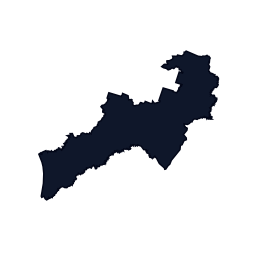 Rangitikei District, Manawatu-Wanganui, New Zealand, rotated 18°
{"feature_id": "76426892B73880124121288", "entity_name": "Rangitikei District", "entity_type": "district", "adm_level": 2, "iso_a3": "NZL", "parent_name": "New Zealand", "parent_adm1": "Manawatu-Wanganui", "projection": "albers", "projection_center": [175.797, -39.716], "detail": "fine", "context": "isolated", "style": "filled", "palette": "ink", "viewbox_px": 256, "rotation_deg": 18, "n_neighbors": 0, "source": "geoboundaries", "source_scale": "gbopen_adm2", "svg_char_len": 5804}
<svg xmlns="http://www.w3.org/2000/svg" viewBox="0 0 256 256"><g transform="rotate(18 128 128)"><path d="M141.1,59.2L143.2,59.7L146.1,59.5L148.2,60.3L150.0,59.0L151.2,57.2L153.2,57.3L154.7,54.3L156.0,55.0L156.6,54.4L157.6,54.4L158.8,56.7L160.2,56.2L161.8,58.1L162.9,58.1L162.9,58.9L159.4,58.9L159.4,70.0L166.0,70.0L165.9,70.7L165.0,70.7L164.9,71.7L165.4,71.9L164.8,72.3L165.1,73.3L164.1,73.8L164.0,74.4L164.6,75.1L164.2,75.2L164.2,76.0L164.9,76.3L164.6,77.1L164.0,77.0L163.4,79.5L159.4,79.5L159.4,78.8L149.1,79.1L148.9,92.2L150.2,92.4L150.1,93.4L145.7,96.5L143.1,94.8L143.5,97.1L141.8,97.7L136.2,97.4L136.2,98.5L135.5,99.6L134.0,100.2L133.3,99.7L132.0,100.0L131.5,102.3L130.8,103.2L128.7,103.9L127.9,104.7L126.4,104.9L125.1,104.1L125.0,102.4L123.4,101.3L123.1,100.2L122.7,100.5L122.4,99.9L119.9,101.0L118.1,97.3L112.2,96.8L112.4,98.2L111.5,99.8L111.8,100.1L98.9,100.4L98.9,106.0L99.6,106.6L100.7,106.1L101.1,106.2L100.2,107.9L100.3,109.3L99.5,110.8L99.6,111.6L97.3,114.3L96.6,114.3L96.6,115.0L96.1,115.0L95.7,116.1L99.9,118.5L99.7,119.1L98.7,119.0L98.9,120.2L99.3,120.8L101.8,120.8L101.7,121.5L102.3,122.4L101.3,123.4L101.7,124.9L100.6,126.6L100.2,129.3L98.0,131.6L98.3,132.8L98.0,134.5L98.7,134.8L97.4,136.7L95.6,138.1L95.8,138.8L94.4,142.2L94.7,145.0L93.0,144.4L92.8,145.9L90.4,145.9L89.9,146.8L86.5,146.6L85.2,147.8L85.2,149.5L84.7,150.3L82.3,151.1L82.4,152.2L81.9,153.3L79.2,153.3L76.8,150.5L74.7,151.2L75.3,152.0L75.0,152.8L72.6,154.1L74.0,154.4L74.2,153.8L75.3,154.4L74.3,154.8L75.3,156.8L73.9,157.5L74.0,158.4L73.3,159.1L75.0,161.5L73.2,160.5L73.2,161.2L72.7,161.3L73.2,162.3L72.0,162.7L73.1,163.7L74.2,163.5L73.6,163.8L73.2,165.3L72.2,165.4L72.7,166.7L71.7,166.5L72.6,167.5L71.2,168.7L72.0,168.8L71.7,169.6L70.4,169.0L69.4,169.3L69.3,168.4L68.1,168.4L67.9,170.2L66.9,170.5L66.9,171.4L66.1,171.7L66.4,172.6L65.2,172.3L64.9,173.4L63.0,173.9L62.2,173.4L61.8,174.5L60.7,174.3L60.2,174.9L59.3,174.6L59.0,175.5L58.7,174.7L57.4,175.5L56.9,174.9L54.1,177.4L54.2,179.7L53.3,179.7L53.5,178.6L52.9,178.3L51.3,180.4L56.8,187.1L59.2,191.0L62.0,197.4L64.7,206.9L66.6,219.7L67.4,220.6L69.2,218.9L71.1,220.9L72.8,221.5L73.9,220.4L73.7,219.8L74.7,219.3L74.5,218.6L75.3,219.0L76.6,217.5L77.4,217.5L77.1,216.5L78.1,215.8L77.9,215.0L78.8,214.7L78.5,214.0L79.8,211.9L79.7,211.1L80.3,209.9L80.1,208.8L81.0,208.7L80.3,207.3L81.4,207.0L82.2,205.2L84.0,203.8L86.3,204.2L88.3,203.6L89.2,201.8L90.7,201.2L91.1,199.5L92.6,199.8L92.4,198.9L93.1,197.6L92.5,196.2L93.4,195.6L92.7,194.2L94.2,193.3L94.6,192.3L93.5,191.3L93.1,190.1L93.6,188.6L94.9,188.0L94.8,186.4L97.2,186.9L97.3,186.1L98.2,185.8L98.2,184.6L99.1,185.1L100.2,183.1L99.4,181.5L101.2,180.4L100.9,179.0L101.6,179.0L101.5,178.4L102.8,178.2L103.6,177.2L105.5,177.4L105.7,175.6L106.2,174.8L107.0,174.7L107.0,174.0L107.9,174.4L109.6,176.8L110.3,176.6L110.7,175.8L110.3,173.7L111.4,174.0L112.7,173.4L112.7,171.9L114.8,171.1L115.4,170.1L116.4,170.0L117.0,169.3L116.7,168.2L116.2,167.9L117.0,167.5L117.5,168.1L117.3,166.9L116.6,166.3L117.7,166.1L117.3,165.3L118.7,164.3L117.5,163.1L117.7,162.6L118.3,163.0L118.9,162.6L118.0,162.1L118.7,161.2L118.5,160.1L120.0,159.2L120.6,157.1L121.2,158.3L122.1,158.1L121.9,156.5L122.6,155.3L122.3,153.9L123.3,153.9L123.9,153.3L123.9,154.2L124.6,153.3L125.4,154.2L125.7,153.3L127.4,154.4L127.7,154.0L127.1,152.7L128.3,153.1L129.4,152.3L128.6,151.7L129.3,150.6L130.7,151.1L130.3,150.4L130.4,149.3L132.5,148.8L133.2,147.9L133.7,148.5L134.5,147.8L135.2,148.5L136.7,147.4L136.9,146.8L135.5,145.7L136.0,144.9L136.0,143.3L136.9,144.0L137.4,142.8L138.5,143.3L138.4,142.2L138.9,141.9L139.9,142.1L140.5,143.0L142.2,141.1L142.6,141.9L143.2,141.1L146.2,141.2L149.6,143.7L151.6,143.2L152.3,144.3L152.7,143.6L153.2,144.2L153.5,143.9L153.5,145.7L156.6,146.2L156.4,147.3L157.6,147.5L157.7,148.2L157.3,148.6L157.8,149.1L159.4,148.8L160.4,149.4L160.4,148.9L161.5,148.5L161.5,147.5L162.2,146.6L162.7,147.3L164.3,147.7L168.8,152.1L174.9,154.7L175.7,155.9L176.6,155.4L177.8,151.3L178.9,149.6L179.2,145.3L184.1,132.5L183.2,128.3L184.6,127.2L185.1,122.8L187.1,121.1L186.5,119.5L182.7,117.1L184.7,112.0L184.5,110.2L183.8,109.6L182.3,109.8L181.8,108.8L181.2,109.0L180.0,106.8L183.4,106.3L184.9,104.8L185.8,102.8L187.0,102.4L187.1,100.7L188.4,98.7L191.1,98.4L191.9,97.3L193.2,96.7L194.2,95.2L195.5,95.6L196.0,94.4L197.0,94.5L197.0,93.7L197.7,94.2L198.5,93.5L199.6,94.5L199.5,94.0L199.9,93.5L201.3,93.7L201.1,94.6L201.8,94.6L202.5,94.3L202.5,93.6L203.6,94.1L204.7,93.7L204.2,93.6L204.4,92.8L203.5,93.1L204.2,91.5L202.7,91.4L202.7,92.3L201.5,92.9L201.9,91.4L201.3,90.5L202.2,90.0L200.6,88.6L201.0,88.4L200.4,87.4L201.2,86.7L200.9,86.0L201.4,85.9L200.9,84.5L200.1,83.9L200.7,83.8L199.9,83.2L200.7,82.3L200.4,81.8L201.7,80.4L200.9,80.0L201.5,79.3L202.4,79.5L202.1,79.1L202.6,78.6L202.1,78.4L202.9,78.2L202.5,77.6L203.2,76.2L202.3,76.3L202.2,75.6L203.6,75.3L203.6,73.9L203.1,73.8L203.6,73.3L203.2,72.2L201.0,72.5L201.1,71.9L200.3,71.7L200.5,71.0L200.0,70.3L198.9,70.5L198.6,71.3L197.2,70.6L196.7,71.2L196.7,70.6L196.0,70.5L196.1,69.6L195.4,69.1L196.0,68.6L195.4,68.3L195.2,67.2L196.3,67.2L196.1,66.7L196.7,66.0L196.3,65.8L196.9,65.5L196.9,64.3L197.4,64.2L197.4,62.7L199.6,62.0L200.3,59.9L200.3,58.9L199.6,58.8L199.6,57.3L198.9,57.5L199.2,55.9L198.9,54.5L198.3,54.6L198.7,54.0L198.2,53.4L198.8,53.3L198.5,52.6L196.8,51.5L194.4,52.3L194.2,50.9L193.8,51.3L193.4,50.6L191.2,50.2L190.2,50.8L189.8,50.1L188.8,50.3L188.0,49.2L187.3,49.2L186.5,46.9L186.8,46.4L186.7,44.5L184.8,42.6L185.1,40.8L184.7,40.2L185.0,40.1L184.4,37.5L184.5,36.1L182.7,34.8L181.7,35.1L180.7,34.5L179.2,35.9L176.9,36.5L176.4,37.3L172.5,38.1L159.5,36.9L158.9,38.2L158.0,38.5L158.4,40.2L157.4,42.4L156.2,43.0L152.6,43.3L152.4,44.7L148.2,45.9L149.1,47.2L149.1,48.7L146.6,51.2L144.3,52.1L144.6,53.3L146.1,54.4L146.0,55.1L142.8,56.3L141.1,59.2Z" fill="#0f172a" stroke="#020617" stroke-width="1.5"/></g></svg>